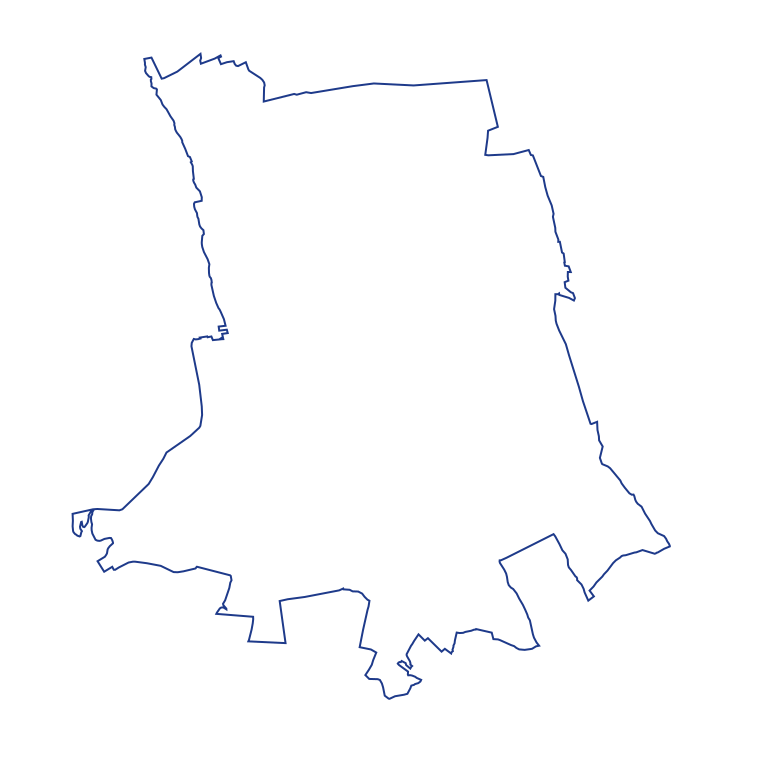 outline of Beresti, Galati, Romania, rotated 185°
{"feature_id": "2599482B76512347370212", "entity_name": "Beresti", "entity_type": "district", "adm_level": 2, "iso_a3": "ROU", "parent_name": "Romania", "parent_adm1": "Galati", "projection": "equal_earth", "projection_center": [27.864, 46.092], "detail": "fine", "context": "isolated", "style": "outline", "palette": "blue", "viewbox_px": 768, "rotation_deg": 185, "n_neighbors": 0, "source": "geoboundaries", "source_scale": "gbopen_adm2", "svg_char_len": 6115}
<svg xmlns="http://www.w3.org/2000/svg" viewBox="0 0 768 768"><g transform="rotate(185 384 384)"><path d="M125.8,295.6L127.5,295.3L130.0,296.5L135.1,301.7L138.6,305.7L140.2,308.5L151.4,319.8L153.9,321.4L159.6,323.2L160.2,324.1L162.5,329.2L160.7,340.8L164.8,346.6L165.4,350.7L167.3,356.7L168.4,364.9L173.8,362.2L174.8,362.4L184.3,384.2L189.6,398.2L202.2,428.8L206.3,439.5L214.2,452.6L217.4,459.1L218.4,462.1L219.1,466.8L221.1,473.4L220.6,482.0L221.1,488.4L218.5,488.6L217.5,489.5L217.1,488.0L207.2,485.9L202.1,483.7L201.3,486.2L203.6,491.0L205.9,491.7L211.7,495.7L212.9,501.2L209.3,503.0L210.3,506.9L210.6,511.6L207.7,511.8L210.3,517.3L214.1,517.6L215.0,520.8L214.5,521.1L216.4,529.6L218.1,530.5L221.2,541.0L222.8,540.8L222.9,543.1L226.5,550.6L227.0,554.5L230.3,565.3L229.9,568.3L232.5,576.5L237.4,585.9L240.5,594.2L243.4,604.2L245.8,604.9L255.6,624.7L257.7,625.0L260.2,629.7L275.1,624.3L300.1,620.9L303.1,621.1L302.3,638.2L302.4,645.4L293.0,650.1L308.3,695.7L380.5,684.0L420.3,682.5L441.0,678.0L482.0,667.5L487.0,667.9L496.1,664.6L498.8,665.1L528.4,654.9L529.3,668.9L528.9,671.2L529.7,673.9L531.7,676.4L533.9,678.1L545.6,684.3L546.5,685.5L549.7,692.5L557.1,688.0L559.0,688.2L560.6,689.8L561.9,692.5L568.5,690.9L574.3,688.4L577.5,694.3L574.9,695.9L575.5,697.1L581.0,693.4L594.3,687.1L595.3,690.1L594.6,692.8L595.6,696.9L617.1,677.2L629.8,669.5L632.1,668.8L644.1,688.9L651.1,686.9L650.1,683.0L650.0,681.3L649.0,678.9L649.3,675.1L648.2,673.0L645.4,670.3L644.4,669.6L642.6,669.4L642.3,667.6L642.8,666.9L642.6,665.3L641.8,663.2L641.6,660.2L639.2,658.7L636.7,658.4L635.9,657.7L635.9,652.4L631.1,647.4L629.0,643.1L627.0,640.9L624.6,638.8L620.0,632.0L616.6,628.0L615.5,625.5L615.5,623.8L614.7,621.9L614.2,619.5L613.3,617.9L612.3,616.4L608.5,612.4L607.1,610.4L606.2,608.7L606.1,607.3L602.5,600.9L599.1,593.9L597.1,593.2L594.9,588.9L595.8,588.1L594.2,585.8L593.5,584.3L592.9,579.4L591.3,571.7L591.9,571.2L591.7,569.9L590.9,568.2L589.4,566.1L588.1,563.3L584.2,559.9L581.8,554.2L581.6,550.6L588.4,548.5L589.0,546.9L588.5,544.0L587.6,541.6L585.2,537.9L584.7,535.3L584.3,534.0L583.3,532.5L581.9,526.9L581.0,524.9L579.4,523.1L577.3,521.5L576.5,517.7L577.9,515.8L577.9,509.3L577.7,507.6L577.0,504.7L574.9,499.8L570.6,493.0L568.4,488.1L568.6,484.5L568.0,479.3L567.4,476.7L566.9,475.6L565.7,474.4L565.0,472.7L564.4,470.0L564.7,469.7L564.6,467.7L561.2,457.0L558.2,450.1L555.5,445.2L554.3,443.9L553.1,441.9L549.1,434.6L546.9,428.2L553.7,426.8L552.8,422.8L545.3,424.4L544.1,421.1L549.6,419.8L548.0,414.7L549.4,414.5L549.8,415.8L551.2,414.7L551.0,414.2L558.3,412.8L560.1,416.3L563.8,415.2L564.2,416.0L571.5,414.2L570.9,413.3L573.0,412.5L575.5,412.0L577.4,412.3L579.1,408.2L579.1,404.8L568.0,367.1L563.6,345.8L562.5,337.3L563.3,326.3L564.2,324.4L572.5,315.3L594.7,296.8L597.3,290.3L601.1,283.2L606.1,271.2L609.7,263.9L633.7,236.4L636.6,235.1L658.7,234.5L663.0,233.8L682.9,227.5L682.0,220.6L681.8,215.1L680.9,210.4L680.3,209.2L678.5,207.5L677.3,207.0L676.3,206.2L673.9,205.6L673.2,206.1L672.6,210.0L672.1,211.1L673.9,213.3L674.4,215.3L673.7,220.1L673.1,220.4L672.2,217.0L671.4,215.6L670.2,215.3L669.6,215.8L667.4,219.6L667.0,220.9L666.5,225.7L666.8,227.4L664.6,232.1L662.5,232.8L663.3,231.2L663.4,228.6L664.2,226.9L664.2,224.4L663.5,221.1L662.6,218.8L662.8,215.3L662.5,212.9L661.5,209.6L657.8,203.7L656.0,203.0L653.9,202.9L652.5,203.3L649.0,205.3L644.2,206.7L642.6,206.8L641.8,205.8L640.9,204.3L640.1,202.2L640.1,201.7L643.0,198.6L644.4,196.4L644.9,195.1L645.2,191.2L645.7,189.9L647.0,187.6L653.9,182.5L646.4,172.6L638.8,178.2L637.0,175.4L635.6,175.5L632.2,178.1L622.9,183.9L618.7,185.1L616.4,185.3L604.6,184.8L590.6,183.4L577.2,178.3L573.1,178.5L567.5,179.9L555.7,183.8L554.6,185.6L554.1,185.6L520.6,180.0L519.9,179.4L518.8,175.2L519.8,172.7L520.3,167.4L523.4,154.7L525.2,151.0L524.7,149.6L521.5,146.5L521.4,145.8L524.1,147.2L525.5,147.4L526.9,147.0L528.0,146.1L530.5,141.7L531.0,140.4L494.1,140.7L493.8,138.4L493.9,134.1L494.5,127.8L496.2,117.3L496.7,115.8L459.5,117.3L469.0,158.7L461.1,161.2L444.5,164.9L410.7,174.5L406.8,176.7L406.5,175.9L400.3,176.0L397.2,174.7L391.6,175.0L387.5,173.3L384.8,170.3L381.7,167.7L379.6,166.8L380.0,161.0L380.7,157.6L383.4,137.4L385.3,119.7L373.9,118.4L368.3,115.8L370.7,108.0L371.7,103.2L374.2,97.9L377.2,92.4L373.0,88.9L364.5,89.4L362.3,88.8L360.0,85.5L358.5,81.8L356.1,73.6L352.0,71.0L351.0,70.9L345.8,73.9L337.0,76.2L333.7,77.4L331.3,83.0L330.5,85.9L327.9,86.9L326.9,87.8L323.8,89.0L321.8,90.8L321.2,92.5L325.7,94.0L327.5,95.1L330.6,96.0L332.5,96.2L334.5,95.9L334.9,96.6L335.0,99.6L344.6,105.4L345.9,106.6L345.2,107.8L344.1,108.4L343.0,108.4L342.3,109.6L338.1,107.8L337.4,105.9L333.0,102.8L332.2,104.6L331.4,105.5L333.3,106.8L333.3,108.1L334.0,110.0L337.2,114.6L337.8,115.8L337.9,116.8L334.2,125.7L333.3,127.1L331.6,130.7L327.8,137.6L321.0,131.9L318.1,134.6L303.3,122.4L300.3,125.5L293.6,121.4L293.4,122.6L292.1,123.9L292.6,125.2L291.9,128.2L292.0,129.5L291.1,131.8L291.0,134.8L289.9,142.7L286.9,142.5L283.5,143.0L281.4,144.1L275.6,145.8L272.9,147.1L271.1,147.4L270.9,147.9L255.0,145.7L252.8,139.4L248.2,139.5L246.2,139.0L234.7,135.0L231.5,134.2L229.1,132.6L226.2,131.4L220.7,131.4L214.6,132.8L213.3,133.2L209.7,135.9L206.7,136.8L209.5,139.8L212.5,144.4L213.9,147.8L218.1,161.3L220.0,163.9L221.2,166.9L223.7,171.5L226.4,176.1L230.7,182.1L233.6,186.9L237.4,191.0L239.9,192.3L242.2,194.5L243.5,197.5L244.7,202.6L245.8,205.8L248.1,209.6L252.9,215.8L253.4,217.2L253.4,218.4L252.1,218.6L246.9,221.5L202.0,249.2L200.1,247.1L195.2,239.7L191.8,233.9L188.4,230.7L185.7,225.3L184.9,219.8L183.9,217.4L181.5,215.0L176.5,209.0L175.4,208.4L174.7,207.3L174.5,205.4L169.8,201.5L167.3,197.4L166.0,193.9L161.6,186.0L156.4,190.7L161.2,196.1L157.6,200.5L155.1,204.8L149.7,211.2L148.3,213.6L145.1,217.6L140.2,225.5L137.6,228.6L133.8,231.6L132.3,233.3L130.8,234.0L128.3,234.5L119.8,237.9L118.0,238.3L112.0,241.1L99.5,238.5L98.4,239.0L97.7,239.7L96.8,239.9L90.5,244.3L85.1,247.1L85.1,247.5L86.1,249.5L88.2,252.1L89.5,254.4L91.7,256.9L98.2,259.2L101.1,261.7L105.4,267.8L107.1,270.7L112.6,277.6L116.7,284.2L120.8,286.8L122.6,288.8L123.6,290.6L124.9,294.2L125.8,295.6Z" fill="none" stroke="#1e3a8a" stroke-width="2"/></g></svg>